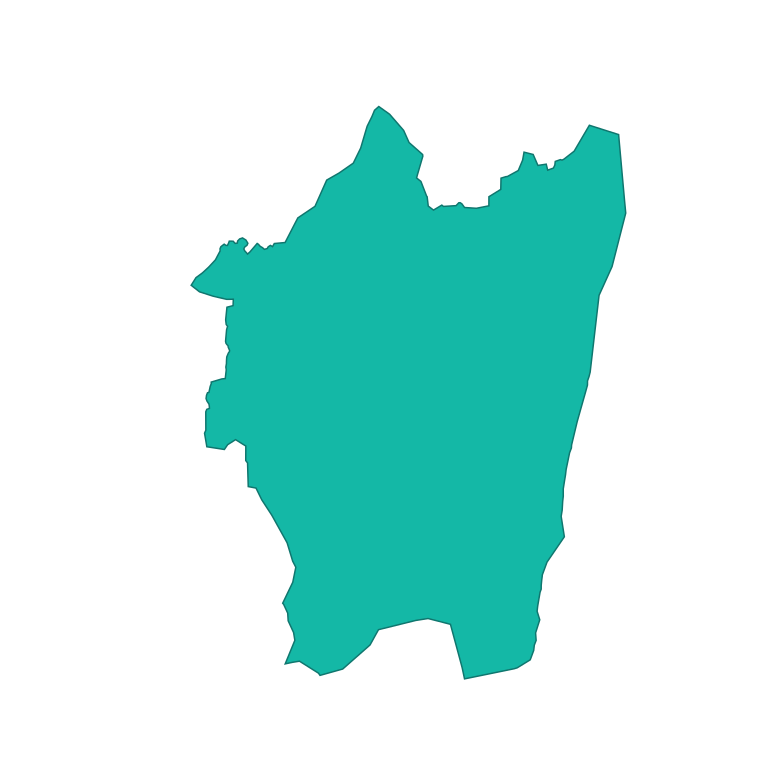 the district of Dambam, Bauchi, Nigeria, rotated 13°
{"feature_id": "59680162B91029831757376", "entity_name": "Dambam", "entity_type": "district", "adm_level": 2, "iso_a3": "NGA", "parent_name": "Nigeria", "parent_adm1": "Bauchi", "projection": "equal_earth", "projection_center": [10.732, 11.627], "detail": "fine", "context": "isolated", "style": "filled", "palette": "teal", "viewbox_px": 768, "rotation_deg": 13, "n_neighbors": 0, "source": "geoboundaries", "source_scale": "gbopen_adm2", "svg_char_len": 2866}
<svg xmlns="http://www.w3.org/2000/svg" viewBox="0 0 768 768"><g transform="rotate(13 384 384)"><path d="M525.9,85.7L516.9,114.4L508.6,124.6L507.1,125.8L505.4,125.7L500.8,128.6L501.2,132.3L500.5,135.5L495.4,138.8L492.6,133.3L484.8,136.4L477.7,126.8L468.3,126.6L468.7,134.7L466.8,145.8L457.5,154.1L456.2,154.5L451.7,157.1L454.0,168.1L444.1,177.9L446.1,186.8L434.5,192.0L422.8,193.9L419.3,190.9L417.4,190.2L416.1,190.6L414.1,194.0L402.0,197.6L400.1,196.7L393.1,203.4L387.1,200.7L383.9,191.8L383.3,191.4L374.4,178.3L369.4,175.9L369.5,172.7L370.6,153.3L370.0,151.7L354.1,143.1L346.1,132.5L328.8,119.9L316.5,114.8L313.2,119.4L312.1,126.0L309.6,136.6L309.4,139.6L308.2,159.4L304.4,175.7L292.8,188.5L282.3,198.2L276.8,226.4L262.7,241.5L261.6,245.7L255.8,268.4L245.5,271.8L244.5,275.2L242.1,274.5L240.3,276.4L239.8,278.2L237.2,279.7L235.0,278.5L232.4,277.7L230.2,276.1L228.8,275.6L223.7,285.4L221.8,288.1L220.3,286.9L218.6,285.8L217.0,284.0L217.5,281.8L219.3,279.7L219.7,277.5L217.1,274.8L213.3,273.5L210.7,275.1L209.2,277.6L209.4,279.7L207.3,280.5L204.9,278.8L201.1,279.6L200.9,281.4L200.3,284.2L198.8,284.5L196.8,283.7L196.2,284.4L194.2,286.9L193.8,289.0L194.4,291.3L193.7,293.8L191.8,301.0L186.8,309.7L182.0,316.7L176.9,322.6L173.9,331.2L183.5,335.7L198.0,336.9L211.7,336.9L218.1,335.3L219.3,341.6L213.7,344.5L214.5,350.9L215.3,357.2L216.9,361.6L218.6,362.9L218.4,366.5L220.0,378.0L220.9,379.9L222.3,381.1L223.3,381.6L224.0,383.3L226.0,386.0L226.1,387.2L225.4,388.8L224.9,391.7L224.7,393.1L225.3,396.8L225.9,399.7L226.0,401.7L226.1,403.1L227.1,405.7L228.1,414.4L224.9,415.5L215.2,421.0L215.6,422.4L215.2,425.4L215.3,431.6L214.0,432.2L213.6,434.9L213.9,438.2L215.3,440.4L218.0,443.0L218.8,445.0L219.4,447.0L217.0,448.6L216.6,451.2L220.8,469.1L220.2,472.3L225.5,485.0L243.2,483.7L245.3,478.3L251.9,471.6L259.1,474.1L263.3,475.5L266.5,489.7L268.8,491.6L274.8,514.5L282.7,514.2L290.9,524.3L304.2,537.1L325.3,560.5L334.9,577.2L339.3,582.4L339.7,597.7L334.6,620.4L335.8,621.3L341.7,628.9L341.8,629.2L343.9,636.3L351.8,646.5L354.8,653.8L350.7,678.9L357.6,675.7L364.0,673.1L385.2,680.5L387.2,682.3L407.9,671.0L429.1,641.4L433.9,624.6L468.2,607.2L479.7,602.6L502.8,603.2L516.7,629.2L524.0,642.9L528.8,653.2L550.5,643.3L562.1,638.0L575.0,632.1L577.6,630.6L588.5,619.9L588.8,617.8L589.8,609.9L589.2,604.6L589.9,599.6L587.7,592.4L588.8,578.7L584.3,571.0L583.7,565.7L583.3,558.8L583.2,556.8L582.9,551.9L583.3,548.5L582.5,544.9L581.8,539.6L581.4,535.6L581.2,534.4L582.9,520.9L594.1,492.3L586.4,473.1L586.0,466.9L584.5,458.1L583.9,452.8L583.7,452.1L582.2,445.6L582.2,445.0L581.7,438.1L581.3,431.7L580.7,426.4L580.5,417.8L580.3,409.2L581.0,404.2L580.5,401.2L580.7,377.3L581.3,364.6L582.2,346.4L582.5,339.3L581.6,335.2L582.1,330.8L582.2,326.0L573.6,249.2L579.8,218.3L581.1,163.1L577.2,151.4L559.4,97.1L556.5,88.2L525.9,85.7Z" fill="#14b8a6" stroke="#0f766e" stroke-width="1.5"/></g></svg>